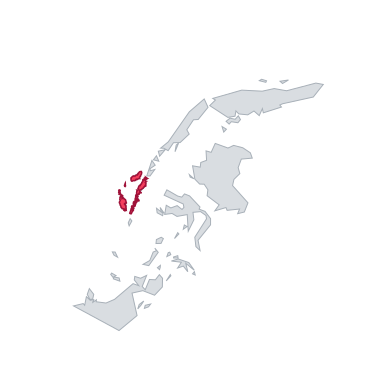 where Nusa Tenggara Timur sits in Indonesia, rotated 118°
{"feature_id": "IDN-1235", "entity_name": "Nusa Tenggara Timur", "entity_type": "Province", "adm_level": 1, "iso_a3": "IDN", "parent_name": "Indonesia", "parent_adm1": "", "projection": "natural_earth1", "projection_center": [122.339, -9.496], "detail": "fine", "context": "in_parent", "style": "filled", "palette": "rose", "viewbox_px": 384, "rotation_deg": 118, "n_neighbors": 0, "source": "natural_earth", "source_scale": "10m", "svg_char_len": 9496}
<svg xmlns="http://www.w3.org/2000/svg" viewBox="0 0 384 384"><g transform="rotate(118 192 192)"><path d="M133.8,154.7L139.8,163.9L148.8,162.7L153.3,158.4L161.2,160.9L167.3,159.2L175.3,137.5L185.1,136.4L189.7,141.5L184.7,142.0L191.7,152.4L189.8,154.7L197.9,163.0L190.6,162.0L188.2,176.9L182.6,179.0L179.4,184.9L181.4,189.0L179.3,195.5L168.6,203.8L166.2,196.4L161.8,198.1L157.2,194.0L149.1,198.9L148.0,193.7L138.2,194.3L136.3,180.9L131.3,177.1L129.1,167.9L130.0,158.9L133.8,154.7ZM35.4,126.6L51.2,129.5L71.5,153.4L74.0,155.3L75.0,152.9L88.6,166.2L85.3,169.0L93.0,168.5L91.4,175.3L97.7,179.0L101.1,187.3L99.8,191.3L104.9,189.6L109.3,195.4L107.4,216.9L99.8,214.5L99.6,217.6L78.7,195.9L70.0,177.3L62.1,168.0L58.2,156.0L37.7,133.8L35.4,126.6ZM348.6,191.4L348.2,243.1L341.6,235.7L342.4,233.6L334.0,236.1L335.4,230.9L333.1,228.2L333.9,227.9L335.3,228.1L336.1,227.8L332.1,225.8L333.9,225.1L330.4,215.8L323.2,210.0L300.6,201.0L299.7,195.0L296.7,201.7L293.4,202.9L292.3,196.9L286.9,192.9L298.8,191.6L300.3,187.4L289.2,188.5L286.7,183.1L280.3,182.0L282.0,177.5L289.8,173.6L300.7,176.6L302.2,189.1L309.4,197.5L326.9,182.5L348.6,191.4ZM238.4,162.9L230.6,168.3L208.9,166.6L206.2,168.6L205.3,175.2L209.5,181.6L215.7,177.3L228.4,176.9L214.2,185.6L220.6,193.8L220.3,199.5L224.6,205.6L215.8,208.5L216.0,203.2L211.0,198.7L212.1,192.6L209.4,191.9L206.7,194.1L207.9,215.1L201.9,215.2L202.3,202.7L201.3,198.6L197.2,197.7L196.6,192.3L201.5,177.9L203.8,177.6L203.0,171.4L206.8,163.1L212.3,160.2L231.8,164.0L239.9,157.4L238.4,162.9ZM109.7,217.6L125.1,220.6L127.5,224.6L139.5,225.8L142.2,221.7L153.9,225.7L157.2,231.5L166.7,232.5L166.6,237.4L168.0,240.3L158.9,236.5L122.4,232.0L104.1,224.9L109.7,217.6ZM257.9,164.0L264.4,158.3L261.5,164.9L265.9,169.0L259.0,168.4L262.6,177.8L257.6,172.7L255.8,161.7L260.0,153.3L257.9,164.0ZM261.1,193.5L277.3,195.6L278.9,201.3L272.3,197.1L263.2,198.1L260.6,195.8L259.0,198.5L261.1,193.5ZM224.0,239.0L212.0,241.6L203.6,239.7L209.1,236.1L220.8,239.2L224.9,235.0L224.0,239.0ZM189.6,235.4L197.6,236.6L199.0,239.5L183.0,242.2L185.6,237.1L191.1,240.0L192.9,238.9L189.6,235.4ZM238.6,241.7L238.8,247.4L229.8,252.5L230.3,247.0L238.6,241.7ZM109.3,184.0L111.5,190.3L114.6,191.1L113.6,195.1L109.0,193.1L107.5,188.0L103.0,186.9L105.3,183.2L109.3,184.0ZM331.6,236.4L325.5,237.3L328.5,230.7L333.3,229.4L334.7,231.8L331.6,236.4ZM205.1,245.1L208.8,247.8L210.5,250.9L206.7,252.0L197.9,246.2L205.1,245.1ZM251.9,195.2L254.4,199.6L250.7,201.1L246.4,197.9L246.6,195.4L251.9,195.2ZM167.2,235.5L175.6,237.4L171.8,240.9L167.2,235.5ZM180.4,235.8L181.7,241.2L176.7,240.4L180.4,235.8ZM124.2,192.1L120.1,196.2L120.4,191.1L124.2,192.1ZM304.6,213.8L305.6,220.7L303.7,221.0L302.1,216.0L304.6,213.8ZM164.4,225.9L158.0,228.0L155.2,226.8L164.4,225.9ZM226.7,206.8L226.7,213.0L223.0,215.7L224.5,207.4L226.7,206.8ZM47.8,159.4L53.7,163.0L52.9,166.3L47.8,159.4ZM62.1,184.8L59.8,183.5L58.8,178.4L60.5,178.3L62.1,184.8ZM282.3,234.2L281.1,231.7L284.5,227.1L284.4,231.2L282.3,234.2ZM275.9,171.3L282.6,173.0L275.1,172.4L275.9,171.3ZM235.2,183.9L241.3,185.6L234.6,185.5L235.2,183.9ZM223.8,209.9L220.6,212.9L223.4,207.4L223.8,209.9ZM310.3,175.9L313.8,176.5L317.1,179.4L314.0,180.1L310.3,175.9ZM251.4,231.6L249.2,233.8L244.6,234.1L245.8,231.5L251.4,231.6ZM304.4,221.8L302.9,225.1L301.3,224.9L301.5,219.8L304.4,221.8ZM260.8,183.9L256.7,184.5L255.6,183.4L257.3,181.3L260.8,183.9ZM310.9,183.4L315.9,183.9L320.7,185.0L316.1,185.8L310.9,183.4ZM224.8,180.1L229.0,182.2L224.7,183.3L224.8,180.1ZM264.0,153.1L261.2,152.5L263.8,150.2L264.0,153.1ZM234.9,237.5L239.5,235.6L240.0,236.8L234.9,237.5ZM275.8,184.2L275.1,187.0L271.6,185.5L273.4,184.7L275.8,184.2ZM179.7,200.6L177.9,202.5L179.4,196.5L179.7,200.6ZM256.8,173.3L258.9,177.2L258.1,177.8L254.9,174.7L256.8,173.3Z" fill="#d9dde1" stroke="#a8b0b8" stroke-width="1"/><path d="M225.6,236.5L225.6,236.8L224.8,237.1L224.7,237.8L224.4,237.8L224.2,237.6L224.1,238.0L224.4,238.6L224.4,238.8L224.1,239.0L222.5,239.5L222.1,239.8L221.7,240.0L220.3,240.1L219.7,240.0L219.4,240.0L218.7,240.6L217.8,240.8L217.1,241.2L216.8,241.2L216.5,240.9L216.2,241.4L216.0,240.8L215.8,240.7L214.5,240.5L214.3,240.7L214.3,241.2L214.1,241.5L213.2,241.3L212.9,241.3L212.2,241.7L211.8,241.7L211.2,241.4L210.7,240.7L210.4,240.7L210.1,241.1L209.6,240.9L209.3,240.9L208.9,240.5L207.6,240.5L207.2,240.8L206.9,240.8L206.6,240.7L206.1,240.3L204.8,240.6L204.5,240.8L204.6,241.0L204.3,241.1L204.2,240.6L203.9,240.5L203.6,240.1L203.6,238.7L204.1,238.1L204.0,237.5L204.4,237.8L204.8,237.7L205.1,237.2L205.5,237.2L205.6,237.4L205.8,237.0L206.0,237.1L206.4,236.5L206.8,236.3L207.5,236.4L207.8,236.0L208.1,236.4L208.3,236.4L208.5,236.2L209.0,236.4L209.0,236.0L210.0,236.8L210.5,236.7L211.2,236.9L211.6,236.9L212.2,237.4L213.7,237.9L214.4,238.7L214.6,238.8L215.0,238.7L215.2,239.0L215.7,238.7L215.9,238.5L215.9,238.1L216.1,237.9L216.4,238.2L217.1,238.1L217.3,238.1L217.5,237.9L217.9,238.1L218.3,237.8L218.7,237.6L218.9,237.8L218.8,238.0L218.9,238.3L219.2,238.3L219.6,238.5L220.2,239.1L220.6,239.2L221.9,238.9L222.1,238.6L222.1,238.4L221.9,238.2L222.4,237.8L222.7,237.3L223.8,237.1L224.2,236.6L224.6,236.5L225.1,235.9L225.0,235.7L224.6,235.7L224.0,236.0L223.7,236.0L224.0,235.2L224.5,234.7L225.3,235.4L225.3,235.7L225.6,236.5ZM234.0,246.1L234.4,246.0L234.5,245.8L234.6,245.1L235.2,244.4L235.3,243.6L236.4,243.4L236.8,243.0L237.0,242.7L237.4,242.5L237.7,242.3L238.2,242.1L238.6,241.8L238.5,242.4L238.6,242.7L238.9,242.7L239.5,242.4L239.7,242.0L240.2,242.4L240.1,243.6L239.8,243.6L239.6,243.8L239.1,243.6L238.9,243.6L238.8,243.8L238.9,244.5L239.3,244.9L239.5,246.0L239.1,246.4L239.0,247.3L238.0,248.1L237.4,248.9L237.3,249.3L236.1,250.2L235.7,251.0L235.1,251.4L234.9,251.4L233.1,251.4L232.5,252.3L231.8,252.4L230.9,253.0L230.7,252.9L230.3,253.0L229.9,252.8L229.7,253.0L229.4,252.7L229.1,252.7L228.7,253.0L228.8,252.5L228.8,252.0L229.0,251.8L229.2,251.5L230.5,250.8L230.7,250.7L230.1,250.3L229.8,250.3L229.6,250.5L229.4,250.3L229.4,249.6L229.9,249.0L230.0,248.7L229.8,248.3L230.0,248.0L230.0,247.3L230.1,247.0L230.6,246.6L230.9,246.2L231.3,246.0L232.1,245.0L232.3,244.9L232.5,244.8L232.9,245.5L233.1,245.5L233.4,245.1L233.7,245.1L234.0,245.6L234.0,246.1ZM210.4,249.8L210.7,250.2L210.7,250.5L210.6,250.8L209.9,251.6L209.3,251.9L208.7,251.9L208.3,252.2L208.3,252.5L208.1,252.5L207.7,252.2L206.6,252.0L206.0,251.8L205.9,251.5L205.6,251.4L205.4,251.0L205.2,251.0L205.1,250.4L204.8,249.9L204.4,249.8L204.4,249.6L204.0,249.4L203.6,249.4L202.9,248.9L202.8,248.6L202.5,248.4L202.5,248.2L201.3,248.1L201.0,248.2L200.9,248.4L200.5,248.1L199.4,248.0L198.8,247.8L198.4,247.5L197.7,246.5L197.9,246.1L198.3,245.6L199.3,245.2L200.0,245.0L200.8,245.1L201.3,245.0L201.8,245.1L202.4,244.8L202.7,244.9L202.8,245.1L203.6,245.2L204.7,244.4L204.8,244.7L205.6,245.8L206.0,245.9L206.5,246.0L206.7,247.0L206.8,247.2L207.3,247.4L207.6,247.2L208.2,247.2L208.4,247.7L208.9,248.0L209.5,249.2L210.4,249.8ZM240.0,235.9L240.1,236.7L240.0,237.0L237.5,237.4L236.8,237.4L236.0,237.7L235.7,237.6L235.2,237.9L235.0,237.7L234.7,237.8L234.6,237.5L234.9,237.0L235.1,236.6L235.5,236.3L235.8,236.3L236.0,236.0L236.0,235.9L235.2,236.3L235.0,235.9L235.5,235.2L236.2,235.2L236.4,235.8L237.0,235.5L238.4,235.5L238.8,235.4L239.1,235.5L239.7,235.4L240.0,235.9ZM231.8,236.0L231.8,236.3L230.8,236.5L230.1,237.7L229.9,237.4L229.4,237.9L229.6,238.4L229.4,238.7L229.2,238.7L228.9,238.3L228.6,238.7L228.2,238.9L227.7,238.4L227.4,238.6L227.2,238.5L227.0,238.4L227.9,237.5L228.8,237.0L228.7,236.7L228.0,236.7L228.3,236.3L228.6,236.4L229.0,236.1L229.3,236.2L229.0,237.0L229.5,237.2L229.6,236.9L229.4,236.6L229.6,236.5L229.8,236.5L229.7,236.1L229.8,236.0L230.0,236.0L230.3,236.0L230.9,235.6L231.2,235.9L231.8,236.0ZM227.9,254.7L228.3,255.0L228.2,255.5L227.8,255.4L227.1,255.9L227.0,256.3L226.9,256.5L225.4,256.9L225.2,257.1L225.2,257.3L224.4,257.4L224.2,257.2L224.2,256.2L224.9,255.9L225.8,255.7L226.1,255.3L226.6,255.0L226.7,254.6L226.9,254.6L227.1,254.3L227.7,254.0L228.1,253.5L228.0,254.0L228.0,254.5L227.9,254.7ZM234.4,235.9L234.3,236.4L234.3,236.7L233.9,237.2L233.6,238.1L233.3,238.5L232.7,238.6L232.6,238.0L232.4,237.6L231.8,237.8L231.6,237.8L232.2,236.9L232.4,236.7L232.7,236.6L233.0,237.2L233.3,236.8L234.0,235.6L234.4,235.9ZM227.8,236.3L227.6,237.2L227.4,237.4L226.6,237.3L225.7,237.4L225.7,236.8L226.5,236.1L227.1,236.0L227.8,236.3ZM217.8,253.5L218.6,253.6L218.6,254.1L217.8,254.8L216.8,254.8L216.5,254.5L217.4,254.0L217.8,253.5ZM201.9,238.3L202.1,238.7L202.0,238.9L201.7,238.9L201.6,238.7L201.2,238.9L201.3,239.1L201.5,239.0L201.4,239.3L201.2,239.4L201.2,239.6L201.3,240.1L201.2,240.1L200.9,240.0L200.7,240.1L200.9,239.5L200.9,239.2L200.7,239.2L200.7,238.7L200.8,238.6L201.0,238.6L201.0,238.4L201.0,237.7L201.3,238.0L201.9,238.0L202.1,238.2L201.9,238.3ZM226.4,237.6L226.7,237.7L226.6,237.9L225.5,238.2L225.0,239.0L224.8,239.0L224.6,238.8L224.8,238.3L225.4,237.7L226.4,237.6ZM228.4,251.2L228.9,251.4L228.9,251.5L228.6,251.8L228.5,252.0L228.2,251.8L228.3,252.4L228.2,252.5L228.3,252.7L228.1,252.7L227.9,252.5L227.7,252.7L227.6,252.8L227.6,252.2L228.1,251.5L228.4,251.2ZM203.1,239.1L203.5,239.1L203.5,239.3L203.2,239.5L203.3,239.6L203.0,239.7L202.9,239.9L203.1,240.2L202.9,240.5L202.6,240.3L202.3,240.4L202.4,240.0L202.5,240.0L202.4,239.9L202.6,239.6L202.5,238.9L202.6,239.1L202.7,239.4L202.9,239.5L203.1,239.1ZM221.1,237.6L221.4,237.7L221.5,237.8L221.4,238.1L221.2,238.2L221.0,237.7L221.1,237.6ZM216.6,236.5L216.9,236.7L216.8,237.0L216.6,237.0L216.4,236.6L216.6,236.5ZM215.7,254.9L216.1,254.9L215.9,255.1L215.4,255.1L215.7,254.9Z" fill="#f43f5e" stroke="#9f1239" stroke-width="1.5"/></g></svg>